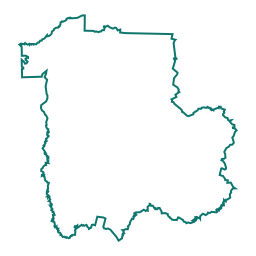 outline of Chau Duc, Bà Rịa - Vũng Tàu, Vietnam
{"feature_id": "81297802B77796697839152", "entity_name": "Chau Duc", "entity_type": "district", "adm_level": 2, "iso_a3": "VNM", "parent_name": "Vietnam", "parent_adm1": "Bà Rịa - Vũng Tàu", "projection": "orthographic", "projection_center": [107.232, 10.656], "detail": "fine", "context": "isolated", "style": "outline", "palette": "teal", "viewbox_px": 256, "rotation_deg": 0, "n_neighbors": 0, "source": "geoboundaries", "source_scale": "gbopen_adm2", "svg_char_len": 5739}
<svg xmlns="http://www.w3.org/2000/svg" viewBox="0 0 256 256"><path d="M122.0,238.4L122.3,236.0L123.0,235.5L122.5,234.2L123.3,233.2L123.6,233.6L124.2,233.4L123.4,231.8L123.6,231.0L122.6,230.1L124.4,229.9L125.7,229.1L127.7,229.3L128.4,227.0L127.9,226.4L129.7,224.4L130.2,221.9L132.1,218.6L134.1,219.3L133.4,218.8L133.8,216.8L136.3,214.8L135.7,214.0L134.6,214.6L135.2,213.6L134.4,213.7L134.3,213.3L135.8,212.4L140.0,212.2L143.8,209.7L145.7,211.0L146.6,210.3L147.8,210.7L147.6,206.9L149.7,204.9L149.7,203.8L150.2,203.9L151.0,205.8L152.8,205.7L154.2,207.9L155.4,208.0L155.3,209.2L157.4,209.2L158.1,207.9L159.6,208.0L161.6,211.6L161.7,213.4L165.3,213.1L167.8,214.1L167.7,215.0L168.7,216.6L169.6,216.9L170.2,218.2L171.2,218.5L172.2,219.8L176.9,220.0L178.1,217.4L178.6,217.4L182.9,219.9L183.8,221.6L185.3,222.0L186.5,223.2L188.0,222.5L190.5,223.1L194.1,221.8L194.1,220.9L192.7,220.5L194.6,219.1L195.7,220.5L196.5,219.2L195.4,217.2L196.9,216.9L198.4,218.1L199.6,217.8L200.1,218.6L200.1,216.3L202.9,213.7L205.7,215.1L207.6,213.8L207.9,212.6L209.9,213.0L211.6,211.8L216.6,212.4L217.3,211.5L216.3,210.0L216.8,209.3L217.6,209.4L217.5,210.6L219.0,210.6L218.9,209.1L220.1,209.1L221.2,208.3L221.3,207.5L220.2,207.5L220.9,207.0L221.1,205.8L223.9,205.4L223.8,204.9L222.2,204.6L223.8,203.2L223.1,202.5L223.9,201.5L224.0,199.8L225.8,201.4L226.1,199.7L227.2,199.6L230.2,197.7L229.8,194.2L231.2,192.4L230.9,191.5L231.6,189.8L232.9,188.5L235.2,188.4L233.1,186.9L230.8,182.6L227.3,182.8L227.8,180.4L225.1,179.9L225.0,178.8L223.0,176.0L219.7,175.0L221.2,168.5L222.0,168.3L224.7,169.5L225.6,169.2L226.1,167.8L224.7,163.3L223.1,161.1L221.4,160.2L222.0,158.9L224.0,158.8L225.5,157.6L225.1,153.9L224.3,152.0L226.2,148.3L228.9,146.6L230.1,144.8L232.1,144.7L233.6,143.1L233.8,142.3L232.3,137.6L233.6,136.1L235.1,131.7L236.6,130.5L235.1,128.6L233.0,128.1L232.9,127.4L234.5,127.3L234.4,124.9L232.3,124.4L230.4,122.5L230.0,121.5L231.3,120.2L228.8,120.6L227.9,119.7L227.6,118.1L225.4,117.5L223.0,115.1L223.2,113.9L224.3,112.9L223.8,111.5L224.8,109.6L221.3,108.5L220.7,106.8L219.0,106.6L218.8,108.2L217.9,107.9L213.6,109.5L213.5,110.3L212.3,109.6L211.7,110.2L211.0,109.8L210.5,109.3L211.0,108.4L209.2,107.6L208.3,107.9L207.6,106.9L206.4,107.8L203.3,107.4L201.8,107.7L201.1,108.8L198.4,108.7L197.5,110.4L193.5,112.8L193.3,114.3L188.6,116.1L186.8,115.6L183.2,112.2L182.3,112.2L181.7,110.0L180.3,108.6L174.7,104.1L173.4,102.1L171.9,101.8L172.1,99.9L171.6,99.3L176.4,97.0L175.4,94.7L179.3,92.1L178.4,91.3L178.8,89.8L177.4,87.4L173.2,84.7L174.0,78.2L177.3,74.2L177.5,72.6L172.8,68.6L175.1,60.9L173.5,57.8L175.3,59.3L176.5,58.8L175.4,57.4L173.6,43.2L174.7,40.4L175.4,39.7L171.5,38.7L172.5,34.1L125.6,33.1L120.1,32.5L120.3,29.6L117.7,30.4L116.2,27.9L115.1,27.6L112.9,28.6L109.5,27.2L107.7,25.7L105.2,27.0L104.8,26.3L104.0,26.3L103.8,27.0L104.7,27.7L104.0,30.2L102.3,30.1L101.0,31.5L99.5,31.5L98.5,32.2L96.1,31.4L94.9,31.8L93.4,30.9L84.6,30.7L84.8,15.4L82.0,15.5L77.6,17.8L76.1,18.0L71.8,18.3L70.4,17.7L70.3,18.3L69.1,18.4L68.5,17.9L66.6,18.7L66.6,19.6L65.6,20.5L63.0,21.6L62.0,21.4L61.7,22.1L60.6,22.3L60.4,24.7L58.9,26.3L59.4,26.6L58.3,27.6L55.9,27.8L54.1,29.0L53.8,30.2L51.9,31.5L51.7,33.5L50.1,35.3L48.7,36.1L47.9,35.7L47.4,36.1L47.1,35.1L44.4,38.6L42.2,39.4L41.7,40.6L40.1,40.7L39.0,42.5L37.7,42.6L36.2,44.3L34.3,44.1L34.5,44.9L33.9,44.2L33.3,44.6L32.4,44.0L31.4,44.0L31.1,44.6L29.9,44.0L29.5,44.6L29.3,43.9L27.4,44.6L25.8,43.6L25.0,44.1L24.8,43.3L24.0,44.2L22.3,43.8L21.6,44.9L20.8,43.7L19.4,44.6L21.7,47.0L21.8,55.8L25.7,55.7L28.0,56.9L28.0,57.9L27.0,57.6L25.5,58.7L25.6,59.9L26.2,60.0L27.6,61.8L26.4,63.4L24.9,63.6L24.5,62.4L21.7,59.8L21.8,66.5L22.5,67.8L23.2,67.6L23.3,68.7L21.9,69.1L22.1,77.3L41.7,76.7L42.5,74.1L46.5,70.8L46.1,73.5L44.6,77.2L47.1,79.7L45.6,86.3L46.7,94.3L47.4,95.3L47.4,98.3L46.2,101.4L41.3,105.0L40.9,107.8L41.9,110.3L44.0,112.0L45.1,114.7L46.1,115.4L47.5,118.3L46.2,122.1L46.6,125.1L46.0,125.5L46.4,127.4L47.4,129.0L48.3,129.2L48.3,130.8L47.7,131.6L48.4,131.8L47.7,132.7L48.3,132.8L47.1,134.5L47.9,136.3L48.2,135.7L48.7,136.1L46.4,138.8L45.2,138.9L46.2,139.3L46.4,140.3L45.6,141.0L46.3,141.3L44.9,142.3L45.4,143.4L43.6,145.5L44.4,146.0L42.6,148.3L45.4,152.4L44.7,153.0L45.4,153.5L45.2,154.1L46.2,154.2L46.2,155.0L47.0,155.7L46.8,156.6L47.7,157.2L48.3,156.9L48.4,158.3L47.5,158.0L47.3,159.1L47.4,160.1L48.3,160.7L48.2,161.9L47.3,162.2L48.1,163.1L45.7,162.9L46.0,165.1L45.0,165.1L43.5,166.3L42.6,168.1L41.3,169.1L41.2,171.0L43.5,172.3L43.5,173.9L42.8,174.3L43.4,174.6L41.9,175.1L41.8,175.9L42.8,175.4L43.5,176.3L44.3,176.2L45.3,180.5L47.0,181.7L47.4,182.6L48.8,182.8L47.8,186.1L48.1,188.6L47.4,189.5L48.3,191.5L47.7,192.1L47.3,190.9L46.8,191.3L46.8,193.9L48.1,195.1L47.1,196.4L48.3,196.3L48.2,197.1L49.0,196.1L49.5,196.4L49.6,198.8L50.2,199.4L48.8,201.0L49.9,201.2L51.0,203.8L51.8,204.2L51.8,204.7L50.8,204.7L51.1,205.8L50.1,205.7L51.6,208.0L51.5,209.2L53.0,208.4L51.4,210.2L52.6,211.1L52.6,212.0L53.5,211.9L54.5,214.9L52.9,214.9L53.7,218.7L53.0,219.3L53.1,218.4L52.6,218.5L51.9,220.4L52.7,220.6L52.0,221.2L54.4,222.2L55.0,225.5L54.4,226.1L55.1,227.3L56.3,226.5L56.1,227.4L56.9,227.6L56.9,228.5L57.9,228.6L57.3,229.2L58.6,230.3L57.9,231.0L58.3,232.4L60.0,232.7L60.6,233.4L60.5,234.7L61.1,234.4L62.6,236.9L64.6,236.7L65.1,237.4L65.8,237.2L66.3,237.7L66.7,237.2L68.5,238.2L69.8,237.8L70.1,236.6L71.5,236.1L71.2,235.6L72.3,234.9L75.1,234.8L75.4,231.1L75.0,230.5L75.5,229.3L75.4,227.4L74.6,227.0L75.1,226.1L76.3,226.3L77.3,225.5L77.2,228.0L81.7,224.8L82.5,225.6L83.3,225.1L84.1,225.8L86.5,224.9L87.5,227.0L88.7,227.8L88.9,228.9L90.9,227.8L91.9,224.9L93.0,224.6L95.1,225.3L97.3,216.7L103.5,217.5L105.5,218.5L103.3,226.9L103.9,228.2L106.1,229.0L108.0,228.5L110.4,229.7L116.3,236.7L118.6,240.6L122.0,238.4Z" fill="none" stroke="#0f766e" stroke-width="2"/></svg>